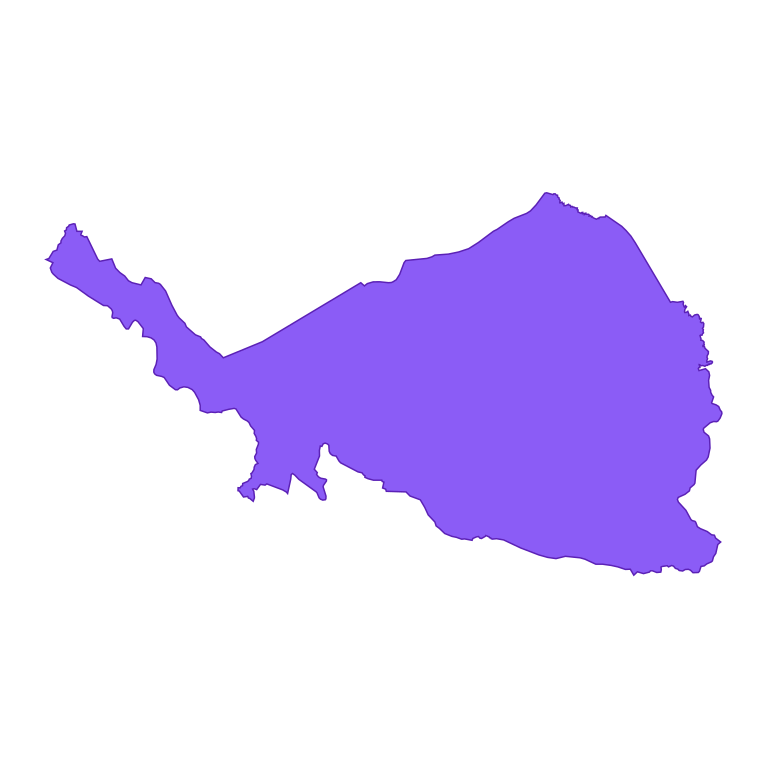 outline of Tron, Uttaradit, Thailand
{"feature_id": "78962969B58085194309258", "entity_name": "Tron", "entity_type": "district", "adm_level": 2, "iso_a3": "THA", "parent_name": "Thailand", "parent_adm1": "Uttaradit", "projection": "robinson", "projection_center": [100.116, 17.469], "detail": "fine", "context": "isolated", "style": "filled", "palette": "violet", "viewbox_px": 768, "rotation_deg": 0, "n_neighbors": 0, "source": "geoboundaries", "source_scale": "gbopen_adm2", "svg_char_len": 6097}
<svg xmlns="http://www.w3.org/2000/svg" viewBox="0 0 768 768"><path d="M75.0,224.0L73.4,223.8L69.2,225.0L68.6,226.3L66.6,227.7L66.4,229.9L64.6,231.0L65.5,233.2L64.8,235.8L62.3,238.4L61.0,240.9L60.9,242.9L58.3,244.8L56.9,250.1L53.2,251.4L48.9,258.5L46.1,259.5L52.9,262.7L50.3,268.0L51.8,272.2L53.2,274.0L58.0,278.4L70.5,285.0L76.5,287.5L88.5,296.2L103.5,305.5L107.5,305.7L111.1,308.8L112.3,310.7L112.7,312.8L112.0,316.5L112.2,317.6L113.6,318.3L116.2,317.8L119.7,319.1L124.1,326.4L126.2,328.9L128.5,328.9L132.5,322.2L134.4,320.4L135.7,320.2L137.9,321.6L143.3,328.6L142.6,336.5L147.1,336.7L151.1,337.9L154.1,340.0L156.0,343.0L156.9,347.1L157.1,359.1L156.1,364.4L153.9,369.6L153.8,372.1L154.6,373.8L156.5,375.3L161.7,376.4L164.2,377.5L169.4,385.2L175.4,389.7L177.5,389.8L179.8,388.0L183.9,386.8L187.9,387.4L192.2,389.6L194.6,392.3L198.6,399.7L200.2,405.3L200.2,410.4L207.4,412.9L211.0,412.1L215.2,412.5L218.2,412.0L221.6,412.5L222.2,411.0L228.8,409.3L234.2,408.4L236.0,409.0L241.1,417.1L243.5,419.0L247.2,420.9L249.0,422.5L250.6,425.9L254.5,430.4L254.2,433.5L255.9,436.4L256.6,438.7L256.3,440.3L258.5,442.2L258.4,444.1L256.3,449.5L256.6,453.0L254.7,456.6L254.9,458.5L255.7,460.3L258.0,463.4L255.4,464.6L254.2,467.2L254.0,469.5L251.9,473.0L250.9,473.6L251.5,476.3L251.1,478.4L249.3,479.1L248.7,480.5L247.5,481.5L242.7,483.5L242.5,485.7L241.0,486.3L240.2,487.8L238.1,487.7L238.0,490.7L239.3,491.1L243.5,497.0L247.7,496.4L248.4,498.0L249.8,498.5L253.2,501.3L254.4,498.0L254.4,496.7L253.8,491.3L252.6,489.1L254.1,488.7L256.7,489.6L260.5,484.4L265.1,485.1L266.8,483.9L282.7,489.9L286.3,492.0L287.6,493.5L290.7,479.3L291.2,474.6L292.5,473.5L294.8,475.1L298.8,479.3L316.1,491.8L317.0,492.8L319.1,497.8L320.5,499.2L322.8,500.1L325.4,499.7L325.9,498.7L326.0,496.1L323.1,486.8L323.5,485.3L326.4,481.1L326.5,479.8L325.5,479.1L320.7,478.2L318.4,476.8L316.6,474.4L317.3,472.6L314.3,469.2L319.5,456.0L319.4,450.4L320.3,446.0L321.9,446.4L323.2,443.8L325.1,443.1L327.4,443.9L328.8,445.2L329.2,451.3L330.3,453.6L332.5,455.4L336.2,456.1L338.9,460.9L340.6,462.8L358.0,471.9L362.0,472.8L363.4,474.7L365.0,475.9L364.9,477.3L368.0,478.7L373.5,480.2L381.8,480.2L382.2,481.5L383.9,482.1L382.6,488.0L385.7,489.2L386.3,491.3L406.0,491.9L410.0,496.0L420.3,499.8L424.8,507.5L428.2,514.9L434.9,522.0L436.1,525.9L439.4,528.4L444.7,533.5L452.0,536.4L456.4,537.3L461.7,539.2L464.5,538.9L472.1,540.3L472.8,538.5L476.4,536.9L478.4,536.5L480.0,538.2L481.5,538.5L485.2,536.4L485.8,535.5L489.3,537.0L489.5,537.7L490.7,537.9L491.1,538.7L492.3,539.1L496.5,538.7L503.6,539.9L521.0,548.1L538.8,554.9L547.7,557.4L556.0,558.6L565.4,556.3L580.1,557.8L585.0,559.2L595.8,564.2L602.5,564.2L611.1,565.4L617.9,566.9L625.4,569.4L630.3,569.2L633.8,575.2L637.4,571.8L643.5,573.6L649.4,572.1L650.5,570.8L652.4,570.8L656.8,572.5L660.8,572.1L661.3,569.8L661.0,567.1L662.0,566.5L667.2,565.7L668.5,566.9L671.6,565.5L673.5,566.1L675.4,568.4L677.8,569.1L679.2,570.5L682.7,571.0L685.2,569.5L688.4,569.3L690.5,570.2L693.0,572.7L698.2,572.5L699.4,571.4L701.0,566.4L704.2,565.9L706.8,563.9L711.5,561.8L712.4,560.9L713.5,556.8L715.8,553.4L717.8,544.5L720.7,542.0L715.6,538.1L714.4,535.2L711.6,534.8L707.2,531.5L700.3,528.6L697.4,526.7L695.7,522.2L694.9,521.3L692.2,520.6L690.9,519.5L685.9,510.3L678.4,502.1L677.4,499.5L678.2,497.4L685.0,494.3L689.4,490.9L690.1,487.9L694.0,484.6L694.9,483.1L696.1,470.2L700.8,465.0L706.5,460.0L708.2,456.9L710.0,448.1L709.6,438.9L708.6,436.0L704.0,432.2L703.3,429.5L703.6,428.3L710.1,422.8L713.6,421.5L716.5,421.7L717.8,421.2L720.1,418.1L721.9,413.7L721.7,411.9L720.2,410.0L718.7,406.5L716.0,404.8L712.1,403.5L711.6,402.8L713.6,396.9L712.1,395.2L710.7,392.3L710.6,390.3L709.1,387.4L708.6,380.3L709.6,375.4L708.8,371.8L705.5,368.7L699.0,370.6L698.3,368.7L698.7,367.8L699.9,367.5L699.2,364.6L699.9,364.7L700.0,365.9L702.8,365.5L704.9,366.3L706.2,365.3L707.7,365.3L708.3,364.2L709.3,364.5L710.0,363.8L710.9,364.0L712.2,362.9L712.5,362.0L712.1,361.3L710.3,360.9L706.9,362.1L706.8,360.6L707.6,358.6L707.0,357.5L707.2,355.7L708.3,353.8L708.4,351.5L705.0,348.3L704.5,346.7L703.0,346.5L703.0,345.4L704.0,345.3L704.3,344.8L703.9,343.6L704.1,342.1L702.6,340.5L700.8,340.2L701.0,338.8L700.0,335.6L700.5,335.1L702.0,335.2L702.5,333.8L703.5,332.8L703.0,331.0L703.4,329.7L702.5,328.4L703.5,327.0L703.8,323.6L702.9,322.3L701.7,322.8L700.5,322.0L701.2,318.5L700.5,318.3L699.6,318.8L699.2,316.4L698.1,314.7L697.1,314.4L694.6,315.0L692.4,316.9L691.0,316.4L690.4,315.1L688.8,315.5L688.9,314.1L687.8,311.3L686.3,312.4L684.8,312.5L684.5,311.9L684.9,309.3L686.6,306.7L685.5,305.7L685.0,307.2L684.3,307.1L683.1,304.1L683.5,302.5L682.9,301.3L677.4,302.3L672.5,301.6L670.5,302.3L635.4,243.0L630.9,236.1L626.0,230.5L621.7,226.3L605.9,215.4L605.1,217.0L600.3,217.1L599.1,217.6L598.8,218.6L598.0,218.3L596.4,219.2L593.2,217.8L592.2,216.6L591.5,217.0L590.7,215.6L589.1,216.0L589.3,215.1L588.7,214.3L586.1,214.3L585.8,213.2L584.3,214.5L584.1,213.4L582.6,213.7L582.7,212.4L581.7,212.5L580.9,213.3L577.9,211.9L578.1,210.0L577.1,209.7L577.3,208.0L575.5,207.9L573.7,207.0L572.9,207.2L572.1,206.4L570.8,207.0L570.4,205.4L569.2,205.3L568.6,204.3L565.9,205.6L564.0,205.7L563.9,203.3L562.6,203.8L562.0,202.1L560.0,202.9L559.7,202.1L560.2,200.5L559.1,199.2L559.1,198.0L557.6,196.9L557.5,195.2L556.3,195.1L555.3,193.9L553.8,193.8L553.0,194.6L546.7,192.8L544.8,193.2L536.1,204.9L530.5,210.9L526.6,213.4L514.1,218.3L508.2,221.8L497.1,229.4L493.5,231.2L478.4,242.5L468.6,248.7L458.6,252.0L448.4,254.1L434.9,255.1L432.0,256.8L427.0,258.4L405.8,260.5L404.1,262.6L399.7,274.3L396.3,279.7L393.2,281.7L391.4,282.5L388.5,282.7L379.7,281.8L373.1,281.9L367.3,283.6L364.4,285.9L360.8,282.7L262.4,341.7L223.3,357.8L219.5,353.7L216.3,352.0L209.9,346.9L203.9,340.0L201.5,338.5L200.6,336.9L195.4,334.8L186.4,326.9L184.9,323.3L179.2,317.9L177.2,315.3L171.9,305.3L165.6,291.0L160.4,284.4L158.7,283.3L155.0,282.6L151.2,278.8L145.2,277.5L141.0,284.9L132.0,282.7L128.4,280.7L124.7,276.0L119.9,272.6L115.6,268.2L111.8,258.9L99.7,261.3L97.7,259.1L86.8,236.6L84.4,237.0L82.3,235.6L81.2,235.4L80.8,234.6L82.1,231.3L76.9,231.3L75.0,224.0Z" fill="#8b5cf6" stroke="#5b21b6" stroke-width="1.5"/></svg>